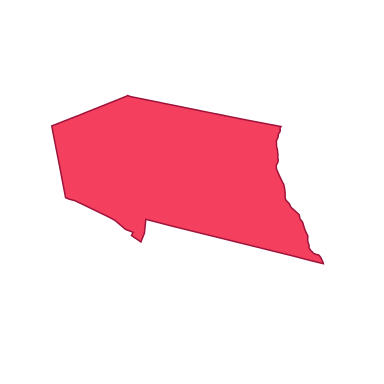 General San Martín, Buenos Aires, Argentina, rotated 148°
{"feature_id": "61730980B46018574851610", "entity_name": "General San Martín", "entity_type": "district", "adm_level": 2, "iso_a3": "ARG", "parent_name": "Argentina", "parent_adm1": "Buenos Aires", "projection": "robinson", "projection_center": [-58.585, -34.544], "detail": "fine", "context": "isolated", "style": "filled", "palette": "rose", "viewbox_px": 384, "rotation_deg": 148, "n_neighbors": 0, "source": "geoboundaries", "source_scale": "gbopen_adm2", "svg_char_len": 1671}
<svg xmlns="http://www.w3.org/2000/svg" viewBox="0 0 384 384"><g transform="rotate(148 192 192)"><path d="M213.1,159.3L192.3,137.9L182.8,128.1L141.1,85.1L126.9,70.1L118.6,61.6L118.3,62.4L118.1,63.6L117.8,65.8L117.6,67.3L117.5,68.1L117.7,70.2L117.8,71.0L118.2,71.8L118.6,72.1L120.5,74.1L121.4,75.6L121.7,77.4L122.2,78.9L122.4,82.8L121.5,83.8L120.9,85.0L120.7,85.8L120.0,88.7L119.6,89.5L118.7,91.0L117.1,93.2L116.9,93.9L116.9,95.6L116.6,96.8L116.4,99.3L115.9,101.5L115.7,102.3L114.7,105.9L114.4,106.9L114.2,108.6L114.3,109.6L114.6,111.3L114.6,112.1L114.2,113.5L113.8,114.1L113.2,116.0L113.7,118.1L114.2,119.7L115.2,123.5L115.8,125.2L115.9,126.0L116.1,126.6L116.2,127.6L115.7,129.4L115.8,131.3L116.1,132.5L116.6,135.3L116.5,136.1L116.3,137.2L115.3,139.0L114.5,140.4L113.6,141.6L112.0,145.0L111.3,146.7L110.7,148.2L110.1,150.2L110.1,151.6L110.0,153.1L109.7,155.5L109.3,159.1L108.8,162.5L108.4,165.0L108.2,166.6L106.7,169.6L105.3,170.7L103.0,172.0L101.9,173.5L101.4,174.8L100.3,176.9L99.3,178.1L98.2,180.5L97.3,182.3L96.7,184.0L96.3,185.6L94.3,189.0L93.3,190.7L92.4,191.3L90.9,192.2L90.3,192.6L89.5,193.4L88.8,194.4L88.1,195.3L86.9,195.8L86.3,196.0L85.4,196.6L84.4,197.6L83.7,199.1L83.4,199.7L81.8,200.3L108.5,225.0L138.4,253.2L192.1,304.1L192.9,304.8L194.3,306.4L195.5,308.0L196.4,307.9L250.5,317.6L263.8,320.1L266.7,320.6L275.6,322.3L275.9,322.4L279.0,314.5L290.8,283.6L293.3,277.2L297.1,267.4L302.2,254.2L300.2,251.3L295.5,246.2L292.9,241.9L292.7,241.7L283.4,226.9L275.9,215.0L272.3,208.6L268.2,195.5L263.3,189.0L266.4,187.2L261.8,176.7L254.2,182.3L253.9,182.7L245.6,193.3L228.3,175.0L223.2,169.7L213.1,159.3Z" fill="#f43f5e" stroke="#9f1239" stroke-width="1.5"/></g></svg>